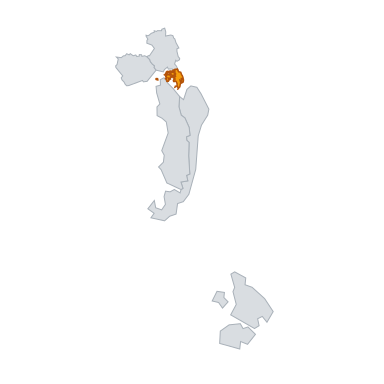 Denmark and the surrounding countries, rotated 157°
{"feature_id": "DNK", "entity_name": "Denmark", "entity_type": "country or territory", "adm_level": 0, "iso_a3": "DNK", "parent_name": "Europe", "parent_adm1": "", "projection": "mercator", "projection_center": [10.731, 56.183], "detail": "fine", "context": "with_neighbors", "style": "filled", "palette": "amber", "viewbox_px": 384, "rotation_deg": 157, "n_neighbors": 4, "source": "natural_earth", "source_scale": "50m", "svg_char_len": 6243}
<svg xmlns="http://www.w3.org/2000/svg" viewBox="0 0 384 384"><g transform="rotate(157 192 192)"><path d="M181.1,49.7L182.5,42.7L187.8,41.9L204.4,63.8L195.2,71.2L193.2,84.3L190.0,87.5L188.3,101.2L183.9,101.8L176.1,91.9L179.4,85.9L173.9,80.8L166.8,65.5L164.0,50.2L173.9,42.8L175.9,50.0L181.1,49.7ZM239.2,193.8L230.0,198.9L231.6,191.7L226.9,187.4L221.3,191.0L219.5,198.7L216.0,203.1L212.1,200.7L207.3,201.2L203.3,195.8L201.1,198.5L198.9,198.9L198.3,205.5L191.5,203.9L190.5,209.4L187.0,209.4L181.0,226.4L175.3,238.8L176.6,241.7L175.4,245.0L171.7,244.9L169.4,252.5L169.6,263.0L171.9,266.9L170.7,275.6L166.1,284.7L163.7,280.3L156.5,288.5L151.6,290.1L146.6,286.5L145.3,278.9L144.1,261.7L147.5,256.6L157.1,249.9L164.3,241.3L179.7,211.4L195.8,191.1L203.8,186.5L209.8,187.0L215.3,177.9L222.0,178.4L228.5,176.2L239.9,184.3L235.2,187.2L239.2,193.8ZM225.7,41.8L220.3,52.9L209.8,55.2L199.0,51.9L198.4,46.3L193.2,45.9L189.2,36.2L200.4,30.1L205.7,35.4L209.4,28.8L225.7,41.8ZM216.0,83.8L207.8,90.8L201.4,86.9L203.9,82.4L201.7,76.8L209.3,73.2L210.7,79.9L216.0,83.8Z" fill="#d9dde1" stroke="#a8b0b8" stroke-width="1"/><path d="M166.1,284.7L170.7,275.6L171.9,266.9L169.6,263.0L169.4,252.5L171.7,244.9L175.4,245.0L176.6,241.7L175.3,238.8L181.0,226.4L187.0,209.4L190.5,209.4L191.5,203.9L198.3,205.5L198.9,198.9L201.1,198.5L211.6,210.1L211.7,224.6L213.0,228.1L206.7,230.6L203.2,236.7L203.7,241.9L190.9,255.6L188.3,266.5L190.9,271.8L194.3,275.9L191.0,284.0L187.2,285.6L185.8,297.1L183.8,303.3L179.3,302.7L177.3,307.8L173.1,308.1L171.9,302.0L168.9,294.4L166.1,284.7Z" fill="#d9dde1" stroke="#a8b0b8" stroke-width="1"/><path d="M211.4,317.2L211.6,319.9L212.6,322.3L212.6,324.7L210.4,325.9L213.4,336.3L213.0,337.9L211.2,338.6L207.9,343.3L208.9,345.8L204.6,343.3L202.0,344.1L200.3,343.6L198.1,344.8L196.3,342.8L194.8,343.5L192.9,340.4L190.2,340.1L189.9,338.3L187.4,337.7L186.8,339.1L184.8,338.0L185.1,336.4L182.3,335.9L180.6,334.0L179.1,330.3L179.4,328.3L178.5,325.1L177.2,322.9L178.2,321.3L177.4,318.2L190.1,311.4L193.7,312.4L194.0,314.0L208.7,314.7L210.6,315.3L211.4,317.2Z" fill="#d9dde1" stroke="#a8b0b8" stroke-width="1"/><path d="M177.4,318.2L178.2,321.3L177.2,322.9L178.5,325.1L179.4,328.3L179.1,330.3L180.6,334.0L179.0,334.6L178.0,334.0L170.5,338.8L171.5,342.9L175.4,346.6L174.2,349.2L172.9,349.9L173.4,353.4L173.0,354.3L171.9,353.2L170.2,353.1L167.5,354.0L164.3,353.8L163.8,355.2L162.0,353.7L160.9,354.0L157.0,352.4L156.2,353.6L153.1,353.5L153.6,349.6L155.4,345.9L150.2,344.8L148.5,343.4L148.7,340.9L148.0,339.6L148.4,335.8L147.8,329.7L149.9,329.7L150.9,327.4L151.8,321.9L151.1,319.9L151.8,318.6L154.8,318.2L155.5,319.6L158.0,316.6L157.2,314.2L157.0,310.7L159.7,311.5L162.1,310.5L162.1,313.0L165.8,314.4L165.8,316.6L169.5,315.5L171.5,313.8L177.4,318.2Z" fill="#d9dde1" stroke="#a8b0b8" stroke-width="1"/><path d="M161.4,311.5L161.1,311.5L161.0,311.3L160.5,311.4L160.0,311.6L159.6,311.6L159.4,311.4L158.4,311.1L158.2,311.0L157.5,311.0L157.5,310.5L157.4,310.1L157.2,309.6L157.5,309.4L157.4,308.3L157.3,307.8L156.3,307.2L155.6,306.6L155.7,304.6L155.8,304.1L155.5,303.1L155.5,301.9L155.7,300.0L155.9,299.9L156.1,299.9L156.8,300.3L157.1,300.3L157.3,300.6L157.5,300.7L157.7,300.4L157.8,299.9L158.3,299.2L158.7,298.9L159.0,298.8L159.2,299.1L159.4,299.4L159.5,298.7L159.6,297.3L159.1,297.1L158.7,297.3L158.3,298.1L157.9,299.2L157.3,299.3L156.8,299.6L156.3,299.3L156.1,299.0L156.0,298.6L156.1,298.4L156.6,297.5L157.3,296.6L158.0,296.7L158.5,296.4L158.8,296.4L159.8,296.4L160.3,296.2L160.7,295.8L161.7,294.2L162.2,293.5L163.3,293.2L164.3,292.4L164.6,292.4L164.1,293.0L164.0,293.3L164.0,293.6L164.3,294.4L164.2,294.8L164.3,295.8L163.9,296.2L163.6,297.3L163.4,297.4L163.4,298.6L163.4,298.9L163.4,299.9L163.8,300.4L164.1,300.6L165.4,300.6L165.6,300.8L165.7,301.1L165.6,301.6L165.5,302.1L165.1,302.4L164.6,302.7L164.3,302.7L163.9,302.2L163.7,302.3L163.5,302.6L163.2,304.0L163.0,304.9L162.9,304.9L162.7,304.8L162.4,304.8L162.0,305.0L162.4,305.5L162.0,305.9L161.7,306.3L161.5,306.5L161.1,306.9L160.9,307.3L161.0,307.8L161.0,308.2L161.2,308.7L161.1,309.1L160.6,309.7L160.4,310.2L160.8,310.2L161.1,310.3L161.4,310.6L161.3,310.9L161.4,311.5ZM171.7,305.4L171.7,306.0L171.5,306.3L171.1,306.5L170.8,306.7L170.5,307.0L170.4,307.4L170.6,307.8L171.0,308.0L171.1,308.6L170.8,308.9L170.0,309.2L169.9,310.0L169.9,310.6L169.9,311.0L169.8,311.6L169.1,311.9L168.7,311.0L168.7,310.6L168.6,310.2L168.5,309.8L168.4,309.2L167.7,309.1L167.1,309.2L166.6,308.3L166.7,307.4L166.5,307.0L166.4,306.8L166.4,306.6L166.3,306.4L166.0,306.3L165.9,305.8L166.2,305.7L166.8,305.7L167.0,305.7L167.7,304.8L167.7,304.6L167.7,304.4L168.3,304.3L168.5,304.6L168.5,305.1L168.5,305.7L168.8,305.9L169.0,306.0L169.1,305.5L169.2,305.2L169.4,305.1L169.4,304.7L169.3,304.4L169.2,304.2L169.8,303.7L170.4,303.2L170.8,303.2L171.2,303.3L171.6,303.4L171.7,303.6L171.9,303.8L171.6,304.3L171.5,304.5L171.7,305.4ZM164.7,306.5L164.9,306.9L165.0,307.6L165.3,308.4L165.2,308.7L165.3,309.1L165.2,309.6L164.6,310.1L164.0,310.1L163.3,309.9L162.3,309.4L162.2,309.1L161.8,308.1L161.8,307.1L162.3,307.0L163.4,306.5L163.6,306.6L163.9,306.8L164.2,306.9L164.6,306.5L164.7,306.5ZM167.3,311.1L168.0,311.5L168.4,311.5L168.7,311.6L168.8,311.9L168.8,312.4L168.5,312.6L168.1,312.6L167.7,312.8L166.1,311.9L166.1,311.1L166.2,310.8L166.9,310.7L167.3,311.1ZM180.9,310.3L180.7,310.4L180.1,310.2L179.4,309.8L179.5,308.9L179.7,308.5L181.0,309.5L181.1,309.9L180.9,310.3ZM165.0,312.0L164.9,312.0L164.6,311.5L164.6,311.4L164.9,311.0L165.0,310.7L165.5,310.1L165.7,309.4L165.8,309.4L165.7,310.0L165.1,311.7L165.0,312.0ZM162.6,311.1L162.2,311.2L161.7,311.0L161.5,310.0L162.4,310.5L162.6,311.0L162.6,311.1ZM171.6,310.6L170.9,310.7L170.3,311.1L170.1,311.0L170.2,310.7L170.4,310.5L170.6,310.3L170.6,310.0L170.8,310.2L171.2,310.2L171.3,310.3L171.5,310.4L171.6,310.6ZM164.6,305.4L164.5,305.5L164.3,305.4L164.3,305.0L164.3,304.6L164.2,304.3L164.3,304.0L164.7,304.5L164.8,304.8L164.6,305.1L164.6,305.4ZM166.2,295.7L166.0,295.9L165.5,295.6L165.8,295.3L166.3,295.2L166.6,295.2L166.3,295.5L166.2,295.7ZM164.1,311.4L163.9,311.5L163.6,311.3L163.1,310.8L163.1,310.7L163.3,310.7L163.6,311.0L163.9,311.1L164.2,311.3L164.1,311.4ZM172.1,306.6L171.7,306.9L171.5,306.5L171.7,306.3L171.8,306.1L172.0,306.3L172.1,306.6Z" fill="#f59e0b" stroke="#b45309" stroke-width="1.5"/></g></svg>